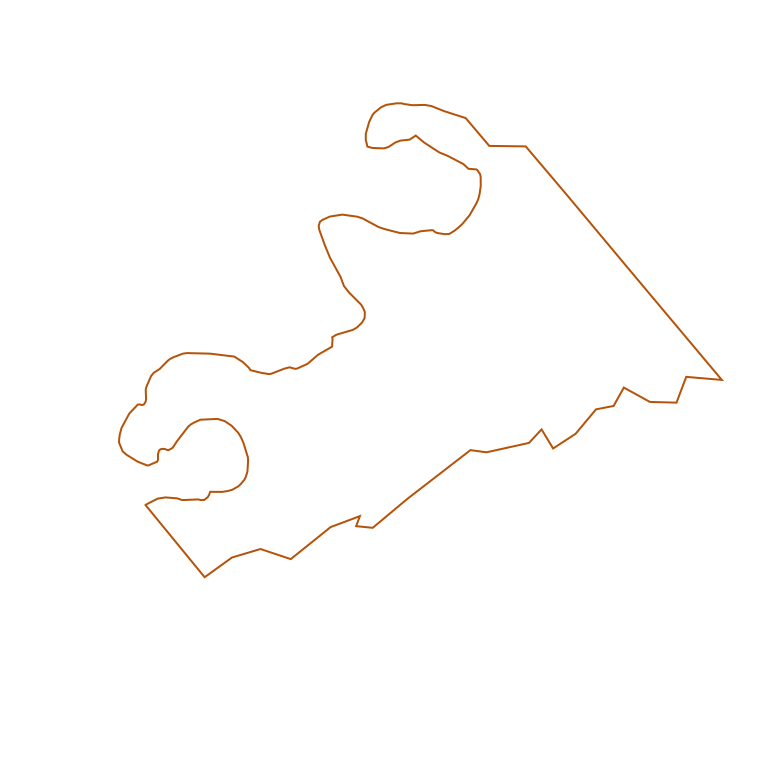 East Carroll, Louisiana, United States of America (Mercator projection), rotated 230°
{"feature_id": "52423323B62370676746754", "entity_name": "East Carroll", "entity_type": "district", "adm_level": 2, "iso_a3": "USA", "parent_name": "United States of America", "parent_adm1": "Louisiana", "projection": "mercator", "projection_center": [-91.146, 32.771], "detail": "fine", "context": "isolated", "style": "outline", "palette": "amber", "viewbox_px": 768, "rotation_deg": 230, "n_neighbors": 0, "source": "geoboundaries", "source_scale": "gbopen_adm2", "svg_char_len": 2434}
<svg xmlns="http://www.w3.org/2000/svg" viewBox="0 0 768 768"><g transform="rotate(230 384 384)"><path d="M535.1,617.5L535.5,617.3L554.3,605.5L559.9,602.5L566.7,598.8L571.6,594.6L579.2,585.1L585.5,579.4L587.8,577.8L591.1,573.8L596.4,565.1L597.9,559.6L598.0,550.8L597.5,548.2L594.3,541.1L587.3,530.8L582.8,527.0L576.5,523.9L572.3,526.8L564.6,535.3L562.7,539.7L561.7,547.9L560.0,552.8L554.7,560.8L553.9,568.0L543.0,570.0L525.9,575.2L518.1,579.3L501.3,586.2L494.6,587.0L489.1,592.6L487.9,593.0L483.0,592.5L480.4,591.1L473.4,585.3L467.9,579.1L465.2,575.3L463.2,571.4L458.3,558.2L456.2,546.7L456.0,541.0L456.1,536.6L457.0,530.4L457.6,529.6L459.8,526.8L464.9,522.3L467.1,520.9L470.2,520.4L471.2,519.4L477.5,510.2L480.5,503.0L489.5,493.2L502.5,483.9L507.8,480.7L524.4,474.1L529.2,471.2L540.6,460.9L547.1,450.1L549.2,442.7L549.5,439.3L547.1,435.6L543.6,433.5L528.1,427.8L515.5,423.8L493.8,419.5L484.8,416.3L476.8,416.0L459.3,417.5L455.4,416.8L451.5,415.6L447.0,411.6L445.2,406.8L444.7,399.5L445.5,394.9L452.4,379.1L453.1,374.3L451.5,373.5L446.0,368.2L448.8,352.3L448.6,338.3L451.7,327.3L452.8,325.6L457.5,322.4L459.9,317.3L464.3,304.3L465.6,302.2L471.0,297.5L480.4,290.6L483.4,290.9L491.5,290.0L501.3,286.9L519.2,270.1L534.3,253.0L536.6,249.3L540.1,239.1L540.7,236.1L540.7,235.9L540.8,233.1L539.7,221.8L540.6,214.8L539.8,210.6L534.4,199.9L532.9,197.9L525.1,191.8L523.7,190.1L522.6,186.6L523.7,184.8L525.0,184.1L526.5,182.2L525.1,169.9L519.1,154.8L515.2,149.2L512.0,145.7L509.5,143.4L500.4,140.5L495.6,141.2L483.0,145.3L474.2,150.0L473.2,150.9L470.3,160.3L471.3,162.3L475.5,165.7L477.5,168.7L477.7,170.5L477.2,172.0L475.3,174.1L472.2,176.0L471.7,176.9L471.0,181.1L473.2,188.5L477.2,206.6L477.2,210.1L476.4,214.4L474.6,220.5L464.2,234.1L458.0,238.1L450.2,240.4L440.5,241.0L435.7,240.3L429.8,238.7L415.5,232.7L412.7,230.7L404.7,223.1L401.6,218.3L400.4,215.5L399.4,209.8L399.3,206.3L400.5,199.8L402.4,195.6L405.5,190.5L413.1,181.6L411.4,178.6L410.6,176.0L410.8,171.6L412.9,169.0L414.9,167.6L424.8,154.8L429.3,152.1L437.6,143.7L441.7,136.9L444.3,125.6L444.5,123.5L351.3,122.4L348.8,156.1L337.0,183.3L309.8,200.0L308.7,251.2L298.3,280.6L293.0,271.3L281.1,282.9L281.0,328.0L277.8,407.7L265.8,418.6L245.7,457.2L247.9,475.5L225.9,472.1L222.7,498.8L228.3,530.1L219.6,545.8L227.1,565.4L199.3,576.2L181.7,596.1L195.2,620.1L170.0,645.4L312.1,645.4L412.4,645.6L474.9,645.3L498.7,617.7L535.1,617.5Z" fill="none" stroke="#b45309" stroke-width="2"/></g></svg>